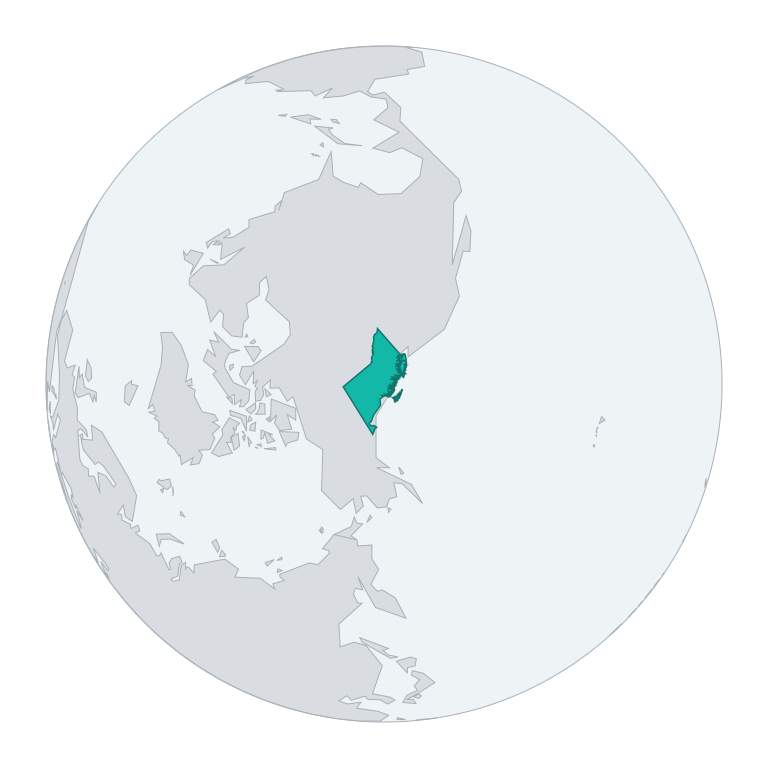 British Columbia on an orthographic globe, rotated 236°
{"feature_id": "CAN-633", "entity_name": "British Columbia", "entity_type": "Province", "adm_level": 1, "iso_a3": "CAN", "parent_name": "Canada", "parent_adm1": "", "projection": "orthographic", "projection_center": [-126.982, 54.153], "detail": "fine", "context": "on_globe", "style": "filled", "palette": "teal", "viewbox_px": 768, "rotation_deg": 236, "n_neighbors": 0, "source": "natural_earth", "source_scale": "10m", "svg_char_len": 16742}
<svg xmlns="http://www.w3.org/2000/svg" viewBox="0 0 768 768"><g transform="rotate(236 384 384)"><circle cx="384" cy="384" r="338" fill="#eef3f6" stroke="#a8b0b8"/><path d="M124.6,597.1L125.5,598.5L125.3,598.3L124.6,597.1ZM646.3,597.0L650.2,592.0L649.9,591.1L638.0,600.9L624.6,595.3L631.7,579.0L627.2,577.7L641.7,546.9L635.6,533.9L629.8,536.3L625.5,547.6L603.8,552.5L593.1,544.2L511.8,560.4L500.4,556.1L495.4,543.3L444.7,507.3L477.7,546.2L462.4,541.7L445.8,529.2L449.9,523.9L431.7,502.4L414.8,495.7L395.6,464.6L393.0,419.0L401.6,425.0L400.0,413.9L389.1,406.0L382.3,403.6L362.0,359.5L327.4,336.2L311.5,341.6L318.9,331.0L285.4,350.6L263.4,349.1L291.4,343.2L296.6,336.9L283.3,331.6L285.8,324.1L280.7,317.5L284.9,309.2L300.9,307.1L303.9,301.9L294.3,298.6L292.4,288.7L306.1,294.2L304.3,277.7L330.6,272.6L363.9,296.6L381.7,289.0L424.4,301.5L423.7,294.1L439.4,295.0L444.4,287.0L450.9,292.2L449.3,281.5L442.4,278.3L439.4,272.7L441.7,267.9L450.4,273.4L450.5,276.6L454.3,275.8L457.6,280.8L457.3,275.6L467.5,283.3L461.0,268.8L472.1,269.2L477.9,276.2L472.6,284.4L472.9,323.1L477.1,333.9L488.5,340.3L519.9,332.8L526.5,341.5L539.0,346.6L537.6,337.5L527.3,330.3L527.7,315.1L515.0,308.8L513.3,302.0L502.2,292.4L509.1,284.6L521.7,282.2L531.3,289.9L537.1,289.4L532.2,274.9L554.0,283.0L575.3,278.1L580.4,281.6L582.9,300.5L572.3,318.0L575.4,344.8L578.7,318.3L591.3,328.5L595.6,326.7L598.0,321.1L595.3,313.8L600.7,315.7L599.5,342.0L594.6,340.7L595.0,332.2L590.1,340.8L589.4,359.7L595.8,364.0L587.9,389.8L592.5,393.4L593.3,401.5L586.6,393.8L598.4,408.4L590.1,444.2L606.1,470.0L584.7,458.1L573.6,463.3L561.4,472.7L563.9,477.2L544.4,485.1L532.3,504.5L535.9,529.6L549.1,542.2L570.0,530.8L572.6,518.1L585.7,506.7L584.3,537.3L608.7,523.3L610.9,541.9L619.1,545.1L629.3,533.7L640.5,527.8L645.6,511.2L655.1,493.9L658.3,506.8L661.2,488.0L668.1,487.3L685.2,460.5L684.6,465.6L699.5,457.3L710.5,437.1L713.1,439.6L712.3,448.2L715.0,440.1L714.9,443.4L720.8,411.4L717.8,436.6L712.9,461.5L706.2,486.0L697.6,509.9L687.3,533.1L675.2,555.4L661.6,576.8L646.3,597.0ZM230.5,547.1L230.9,540.4L235.3,546.2L230.5,547.1ZM228.0,535.3L228.5,537.8L227.5,535.5L228.0,535.3ZM225.2,532.9L227.3,534.6L224.7,533.3L225.2,532.9ZM221.2,530.5L223.4,531.5L223.1,531.7L221.2,530.5ZM608.9,480.2L636.5,470.7L624.7,485.0L626.2,480.3L618.5,480.7L605.3,486.0L593.8,499.1L608.9,480.2ZM215.6,524.7L214.3,523.0L216.4,523.3L215.6,524.7ZM612.6,455.6L608.2,458.4L612.0,454.6L612.6,455.6ZM378.9,403.9L388.6,406.7L397.6,416.9L389.2,415.3L378.9,403.9ZM362.3,384.8L367.5,383.6L368.8,395.2L365.4,392.2L362.3,384.8ZM299.5,347.6L307.0,349.8L298.9,350.4L299.5,347.6ZM279.3,318.1L276.4,319.9L275.0,315.8L279.3,318.1ZM499.2,297.5L500.8,295.1L502.0,298.1L499.2,297.5ZM493.0,295.9L493.5,301.2L490.6,301.2L490.4,297.9L493.0,295.9ZM280.2,299.4L278.9,292.4L283.0,299.1L280.2,299.4ZM493.2,289.4L485.4,300.6L480.3,300.7L475.3,288.4L493.2,289.4ZM280.0,288.1L276.6,271.8L269.8,274.4L287.1,258.4L284.2,277.2L290.3,284.9L283.7,283.8L280.0,288.1ZM439.2,279.4L446.7,282.6L438.3,284.5L439.2,279.4ZM434.6,282.1L413.2,297.2L403.4,290.6L412.6,286.7L398.1,282.2L403.8,271.4L413.1,271.5L418.3,277.8L416.5,269.0L434.6,282.1ZM297.2,252.6L298.7,248.6L300.2,252.4L297.2,252.6ZM437.6,270.6L434.1,274.0L425.4,268.5L430.7,260.6L431.8,264.9L437.6,270.6ZM391.5,286.4L385.9,281.2L389.0,270.9L387.3,267.6L403.1,270.6L391.5,286.4ZM435.0,263.7L433.6,256.8L439.9,255.2L440.4,266.9L435.0,263.7ZM420.9,270.5L417.0,267.6L420.9,266.6L420.9,270.5ZM461.2,246.1L457.3,250.0L452.4,247.4L461.2,246.1ZM432.7,254.4L430.5,255.0L428.1,254.5L428.6,249.8L432.7,254.4ZM404.2,263.4L406.7,260.4L397.9,261.6L399.9,254.3L410.1,257.8L406.5,253.3L407.1,251.1L414.7,256.4L404.2,263.4ZM421.8,243.6L435.5,246.1L443.8,239.3L448.4,241.4L434.1,252.0L421.8,243.6ZM417.0,250.6L421.0,246.7L424.7,251.0L424.2,256.4L417.0,250.6ZM397.5,248.3L391.9,258.5L389.8,257.4L397.5,248.3ZM423.5,240.7L420.2,240.3L423.7,239.7L423.5,240.7ZM404.7,244.9L403.0,248.6L400.7,247.2L404.7,244.9ZM415.0,236.4L419.4,237.1L419.2,240.6L415.0,236.4ZM409.7,239.5L407.0,236.9L416.5,241.5L409.3,241.4L409.7,239.5ZM402.8,243.0L400.9,243.4L403.9,241.7L402.8,243.0ZM413.1,222.7L425.2,227.7L424.7,235.4L413.1,229.5L413.1,222.7ZM692.2,245.5L692.3,245.9L684.2,229.9L678.6,223.3L618.9,153.7L610.8,142.2L568.9,106.0L564.5,102.2L574.4,106.6L550.0,89.7L570.3,102.1L589.8,115.9L608.1,131.1L625.4,147.5L641.5,165.1L656.3,183.8L669.7,203.5L681.7,224.1L692.2,245.5ZM541.7,85.2L532.2,80.4L523.0,76.0L541.7,85.2ZM469.1,57.0L462.6,55.6L500.2,67.3L501.8,69.5L467.8,59.7L434.3,51.8L433.8,52.5L450.9,58.4L439.1,58.2L456.4,61.0L452.5,58.6L463.2,60.6L467.4,63.0L463.1,62.6L472.0,66.0L490.5,67.8L488.5,65.6L514.5,75.8L513.6,73.4L522.1,76.7L526.8,82.0L523.1,81.8L535.2,95.6L541.4,96.5L530.4,83.9L535.7,87.3L544.0,89.6L541.8,90.6L552.2,105.1L572.9,120.0L606.5,140.3L617.0,151.6L622.5,162.1L602.9,156.2L581.6,131.8L574.4,130.4L572.4,138.5L566.1,130.7L562.6,131.3L554.0,123.2L535.5,116.4L525.8,109.5L512.6,111.7L505.7,108.7L515.5,108.1L517.1,104.4L492.1,89.9L485.5,88.6L478.9,91.4L472.9,87.5L469.7,92.1L452.4,87.5L470.8,97.4L463.6,102.0L449.9,102.3L450.9,105.9L473.1,105.5L479.0,103.9L478.8,99.5L497.8,98.0L507.7,102.0L500.3,111.2L513.5,118.4L502.1,123.2L448.9,119.8L429.8,116.5L410.8,98.5L418.7,95.4L429.5,100.1L425.1,90.3L422.8,93.7L417.7,90.7L409.6,95.2L405.6,93.4L404.5,101.1L398.8,99.4L399.5,94.5L382.5,100.6L368.9,99.5L367.0,101.9L368.7,104.7L350.3,101.9L349.7,103.8L355.5,105.4L358.0,110.3L355.3,118.3L349.1,116.9L349.2,113.8L340.1,105.7L341.5,98.3L338.6,98.6L336.0,104.7L347.1,114.5L347.2,119.8L340.7,115.5L343.1,117.4L341.2,119.6L333.5,120.7L340.1,125.7L327.8,154.2L311.7,159.8L307.3,152.3L292.1,172.8L275.1,178.8L280.5,180.0L276.9,191.6L282.1,189.8L284.5,191.3L277.5,221.8L271.1,228.3L274.2,244.1L276.9,245.0L281.9,240.9L287.1,258.4L269.8,274.4L264.4,271.6L257.3,284.0L246.0,276.2L233.3,275.9L225.1,261.0L215.8,262.7L214.1,267.5L200.2,273.8L177.5,271.2L203.5,252.0L239.0,254.6L225.2,251.3L230.6,246.0L227.0,241.2L217.0,239.8L214.5,243.4L210.2,212.3L190.7,200.7L186.6,214.8L177.2,222.8L151.4,225.1L133.6,201.2L120.9,214.1L115.6,216.3L116.7,207.9L124.4,204.2L131.6,194.2L135.8,193.8L140.1,180.0L146.3,178.9L146.6,169.3L139.1,174.9L133.0,186.9L130.6,179.9L115.8,196.1L106.7,202.6L106.7,192.2L117.9,175.8L117.6,176.1L133.4,157.3L150.5,139.7L168.9,123.4L188.4,108.5L208.9,95.0L230.3,83.0L252.6,72.7L275.5,64.0L299.0,56.9L323.0,51.6L347.3,48.1L371.8,46.3L396.3,46.3L420.8,48.1L445.1,51.6L469.1,57.0ZM644.6,174.8L647.5,177.0L644.6,174.8ZM401.8,46.7L379.8,46.2L384.5,47.4L376.3,47.5L380.9,48.1L384.9,47.5L395.3,50.0L383.9,50.6L383.9,52.3L391.3,52.6L410.5,51.2L395.8,47.3L403.1,47.1L401.8,46.7ZM685.6,459.5L688.0,458.7L685.6,463.2L685.6,459.5ZM625.0,492.6L629.9,488.3L633.1,488.0L629.8,492.3L625.0,492.6ZM661.2,451.5L665.8,446.7L661.8,454.1L661.2,451.5ZM640.4,468.7L657.5,455.8L649.7,471.7L638.6,479.9L645.1,470.8L640.4,468.7ZM614.4,466.5L617.9,464.7L618.2,468.3L614.4,466.5ZM615.4,452.9L614.4,454.3L611.8,453.5L615.4,452.9ZM591.4,326.9L591.6,324.9L595.0,320.4L595.3,324.9L591.4,326.9ZM598.3,288.2L606.9,292.2L601.0,292.1L603.1,298.7L593.4,307.3L582.5,283.9L589.1,292.7L598.3,288.2ZM577.4,313.0L584.8,309.7L577.1,314.3L577.4,313.0ZM552.3,144.7L551.4,140.2L557.8,141.2L570.1,151.6L561.0,150.1L552.3,144.7ZM548.7,133.8L538.0,140.9L529.9,135.3L536.2,137.2L531.9,132.7L541.0,134.6L543.7,122.9L549.5,123.1L569.2,141.1L559.6,134.9L561.0,139.4L548.7,133.8ZM524.9,174.5L520.1,179.0L508.7,160.8L514.5,158.8L527.2,168.5L527.8,176.7L524.9,174.5ZM485.8,266.3L484.7,270.2L482.3,268.5L481.3,263.8L485.8,266.3ZM459.8,248.1L488.0,247.7L488.2,252.0L504.5,247.3L511.3,257.1L500.6,259.7L518.0,264.1L511.0,270.4L522.8,272.2L498.1,277.0L492.5,283.3L496.1,272.4L490.0,263.1L485.7,261.0L469.2,260.0L454.2,269.6L445.7,262.5L443.7,254.9L446.0,251.5L450.8,257.1L450.5,248.5L459.2,254.1L459.8,248.1ZM425.1,178.1L429.7,184.6L430.5,171.0L439.2,175.4L438.7,173.6L446.9,174.0L456.2,171.6L459.4,174.8L461.6,172.5L467.1,173.0L471.2,171.1L478.4,176.2L484.0,174.4L484.3,177.9L492.0,173.4L489.5,179.1L496.4,180.7L495.1,174.4L524.2,209.6L538.3,221.0L551.4,227.7L545.4,237.2L529.2,237.5L509.3,232.6L496.6,220.7L496.2,227.5L489.9,224.0L492.9,220.1L484.7,224.0L480.3,220.1L462.6,217.6L453.4,226.4L446.7,226.0L448.1,220.6L440.4,224.0L438.5,213.7L433.7,213.3L427.0,203.0L432.6,193.4L426.7,193.7L421.4,186.3L425.1,178.1ZM411.6,219.6L416.3,206.4L423.3,202.5L432.0,222.1L436.7,223.9L442.5,236.9L432.1,242.4L431.4,238.1L428.3,235.3L432.8,234.7L426.9,233.1L425.7,227.2L420.8,224.5L423.7,220.9L411.6,219.6ZM556.5,97.8L552.5,95.1L545.6,90.8L550.7,92.5L556.5,97.8ZM564.0,107.7L560.0,104.9L563.8,104.6L567.9,107.8L564.0,107.7ZM554.5,104.0L559.5,104.8L559.2,106.3L554.5,104.0ZM511.4,106.1L506.7,103.8L507.5,102.8L511.6,103.0L511.4,106.1ZM429.2,140.7L430.7,144.5L428.5,145.0L425.1,153.1L418.3,150.8L417.8,145.0L429.2,140.7ZM470.8,57.5L479.3,59.8L482.0,60.7L478.5,59.7L470.8,57.5ZM518.4,74.6L509.0,70.3L519.9,75.1L518.4,74.6ZM421.3,139.5L420.7,143.1L417.7,139.8L421.3,139.5ZM413.2,149.6L409.2,146.4L417.1,151.5L413.2,149.6ZM99.8,208.6L94.8,213.4L94.0,213.7L98.7,207.2L99.8,208.6ZM363.0,128.9L375.3,119.7L379.7,112.5L375.2,107.0L386.8,111.2L380.0,122.3L363.0,128.9ZM332.8,151.0L336.8,156.3L331.6,157.2L330.0,156.1L332.8,151.0ZM337.6,152.0L349.0,152.8L349.0,157.9L340.0,156.2L337.6,152.0ZM385.4,144.5L389.5,141.8L391.9,144.4L385.4,144.5ZM118.7,591.8L122.7,596.9L119.0,592.6L118.7,591.8ZM125.3,598.3L120.7,593.4L124.6,597.1L125.3,598.3ZM87.6,546.2L89.9,550.4L89.3,549.4L87.6,546.2ZM86.2,543.8L85.9,543.0L87.5,546.0L86.2,543.8ZM69.6,507.3L70.0,508.1L70.9,510.4L69.6,507.3ZM67.1,500.6L64.8,494.4L64.5,493.4L67.1,500.6ZM66.1,497.3L65.2,494.4L68.2,503.3L66.1,497.3ZM60.8,481.1L64.3,492.1L60.6,480.7L60.8,481.1ZM59.6,477.4L57.7,470.7L57.6,470.4L59.6,477.4ZM54.2,456.1L56.9,467.8L56.9,468.0L55.8,463.8L54.2,456.1ZM49.8,433.9L50.7,438.9L51.5,443.1L50.9,441.0L49.8,433.9ZM49.5,429.9L51.0,439.0L52.4,447.5L52.2,446.9L49.5,429.9ZM69.8,259.5L69.9,259.4L69.7,259.9L69.8,259.5ZM82.7,231.1L87.5,222.6L84.3,229.1L80.5,235.4L77.8,241.1L82.7,231.1ZM104.0,237.0L108.4,233.4L107.3,239.9L104.6,240.5L104.0,237.0ZM108.0,259.3L108.5,240.5L109.6,226.3L106.3,232.0L101.1,231.9L109.5,221.5L113.2,229.0L111.2,240.5L116.8,240.2L119.0,248.1L127.7,243.9L130.5,247.3L122.1,254.8L108.0,259.3ZM131.5,241.7L147.4,239.2L142.7,253.4L138.2,257.2L132.9,252.2L135.6,244.9L131.5,241.7ZM149.9,242.9L152.7,236.1L182.1,221.5L187.1,222.1L162.3,239.8L163.7,234.4L157.3,235.8L149.9,242.9ZM295.1,248.6L298.4,248.6L295.4,251.2L295.1,248.6ZM287.4,190.1L290.1,192.6L286.4,195.3L287.4,190.1ZM295.4,201.4L297.7,196.5L297.8,202.2L295.4,201.4ZM302.3,185.6L299.8,194.8L298.5,185.3L302.3,185.6Z" fill="#d9dde1" stroke="#a8b0b8" stroke-width="1"/><path d="M433.6,409.6L399.0,414.0L398.4,412.4L399.5,412.3L399.8,411.3L398.3,412.0L398.5,409.8L397.3,411.1L397.2,411.7L395.2,410.4L395.6,409.7L396.3,411.1L397.1,409.9L395.6,409.6L396.2,407.6L395.9,407.3L395.3,406.9L396.0,407.6L395.6,409.2L394.3,409.8L392.2,408.0L392.7,408.4L393.0,406.9L392.5,406.4L393.7,405.7L393.8,405.3L391.2,406.5L391.9,404.9L392.1,402.9L390.8,405.9L390.1,405.2L389.3,405.7L389.7,404.2L388.9,405.8L388.5,405.3L387.7,405.7L386.6,405.4L389.1,404.0L389.5,402.9L389.0,401.9L389.0,403.8L388.0,404.4L386.9,404.5L387.5,403.8L387.0,403.3L385.6,403.5L387.0,402.9L385.7,402.1L385.1,403.3L383.3,402.9L383.9,403.6L382.3,402.9L381.0,401.2L383.1,400.9L383.4,400.7L383.5,400.2L381.1,400.4L381.9,399.8L382.2,398.9L385.1,398.8L385.4,398.4L382.4,398.6L382.7,397.5L381.6,398.5L382.2,398.7L381.3,399.9L380.7,397.5L383.4,394.8L385.1,396.8L384.2,394.9L384.9,394.5L383.3,394.4L384.2,392.4L383.7,391.5L384.0,392.5L381.7,394.9L380.8,395.4L380.7,393.6L380.3,394.6L380.8,393.2L379.3,395.0L378.9,394.9L379.5,393.9L379.9,391.5L380.3,391.3L378.8,391.8L378.7,389.9L377.4,389.1L377.0,387.4L378.7,388.7L380.0,388.1L380.9,389.4L380.0,387.9L377.6,387.1L377.8,386.0L378.8,385.8L378.1,385.4L378.4,384.7L377.2,386.1L377.3,385.7L377.0,385.4L377.1,386.1L376.1,386.9L375.9,388.4L373.2,385.0L373.4,383.8L374.5,385.0L373.8,383.6L374.8,383.7L375.4,383.4L374.2,383.3L373.2,383.7L372.8,382.2L372.0,382.4L372.2,380.9L373.4,382.7L373.8,382.8L373.7,381.6L372.4,380.7L372.9,380.5L373.7,381.0L374.1,381.0L373.2,379.7L375.0,378.9L373.8,378.7L375.7,376.1L374.9,376.3L374.5,375.2L374.6,376.7L373.4,378.7L374.0,377.1L373.8,372.4L368.3,369.1L364.2,358.1L360.0,352.4L360.1,350.8L358.9,349.3L356.2,350.1L355.2,352.5L352.2,353.7L352.1,351.6L348.6,346.5L404.5,348.6L408.2,384.7L409.3,385.8L408.8,386.5L412.6,388.1L415.4,392.6L416.2,391.8L417.1,392.2L417.2,393.3L418.8,393.2L420.5,395.7L421.4,395.1L425.9,400.1L428.6,401.4L430.3,404.0L430.4,406.9L433.6,409.6ZM398.3,416.9L397.0,418.1L391.3,415.8L391.0,415.4L392.3,414.1L392.5,413.3L392.4,412.8L392.0,414.2L389.3,414.5L388.3,413.8L389.3,413.1L388.8,413.4L388.6,412.1L387.7,412.7L388.0,412.4L388.1,411.7L385.6,411.9L385.7,410.8L387.3,410.3L385.6,410.2L385.3,409.1L384.5,408.6L383.4,409.3L383.6,407.6L380.5,407.8L381.1,407.0L380.5,405.7L382.3,406.2L381.8,405.4L382.4,404.9L380.0,405.8L378.6,403.9L380.6,403.3L384.4,405.4L389.7,406.4L390.8,408.8L392.0,410.0L391.7,410.3L392.4,411.4L395.7,412.8L397.5,416.7L397.9,415.8L398.3,416.9ZM364.3,388.8L363.9,387.8L364.9,388.1L363.0,386.6L363.0,383.0L364.7,383.4L364.3,384.5L366.1,384.2L365.7,385.5L364.2,385.9L365.3,386.1L364.8,386.6L365.9,386.0L366.3,384.9L366.0,384.0L367.9,383.4L366.5,388.5L364.3,388.8ZM369.1,395.2L368.5,395.4L365.0,390.4L365.8,390.1L364.3,389.2L367.0,388.7L367.7,390.0L366.2,389.8L367.6,390.7L366.5,390.5L366.2,390.9L367.3,391.4L366.7,391.9L368.1,394.1L368.7,393.6L368.2,394.2L369.1,395.2ZM377.5,392.5L376.4,391.6L376.8,391.5L376.6,391.3L377.4,390.5L377.3,390.3L376.2,391.0L376.6,388.9L378.5,390.6L378.2,393.0L377.6,393.1L378.1,391.2L378.0,390.9L377.5,392.5ZM372.6,385.3L374.1,386.3L375.7,389.1L374.8,389.3L372.6,385.3ZM374.3,389.2L373.5,389.6L371.7,386.8L373.5,387.9L374.3,389.2ZM381.2,395.2L383.1,394.8L380.7,396.9L381.2,395.2ZM384.8,409.2L385.2,410.9L384.0,409.6L384.8,409.2ZM372.0,384.7L371.2,384.8L371.0,385.4L371.2,384.6L372.1,384.0L372.7,384.9L371.8,385.5L372.0,384.7ZM380.2,398.0L379.7,396.5L380.5,396.4L380.2,398.0ZM376.4,392.2L376.8,393.9L375.8,391.7L376.4,392.2ZM380.2,398.3L380.1,399.8L379.7,398.9L380.2,398.3ZM379.2,392.6L378.7,394.4L379.0,391.9L379.2,392.6ZM376.3,388.4L376.4,387.0L377.6,386.5L377.3,387.3L377.0,387.3L376.6,387.7L376.3,388.4ZM385.4,404.5L386.6,403.6L387.0,404.0L386.6,404.6L385.4,404.5ZM392.8,409.8L394.0,410.0L394.9,411.2L393.7,410.6L392.8,409.8ZM372.3,386.8L372.6,385.8L373.1,387.2L372.3,386.8ZM378.3,393.0L378.6,394.1L377.8,393.6L377.4,393.5L378.3,393.0ZM376.4,390.1L375.9,388.7L376.2,388.8L376.4,390.1ZM390.7,406.5L390.4,405.8L391.3,407.2L391.0,407.6L391.0,407.0L390.7,406.5ZM372.8,379.7L372.2,379.7L373.2,378.7L372.8,379.7ZM376.9,387.5L377.1,388.8L376.4,388.5L376.9,387.5ZM390.8,408.1L390.3,407.6L390.2,406.8L390.8,407.1L390.8,408.1ZM370.5,380.9L371.0,381.3L370.3,381.8L370.5,380.9ZM377.6,394.0L378.1,394.7L377.9,395.0L377.6,394.0ZM379.5,395.4L379.1,396.2L378.4,395.7L378.7,395.2L379.5,395.4ZM375.2,389.5L375.4,390.7L374.9,389.7L375.2,389.5ZM398.0,415.3L397.4,415.6L397.1,414.3L397.5,414.9L398.0,415.3ZM367.2,391.9L367.3,391.9L367.3,392.0L368.0,392.4L367.5,392.6L367.2,391.9ZM380.1,395.6L380.4,394.9L380.7,395.5L380.1,395.6ZM387.3,412.0L386.9,412.7L386.9,412.1L387.3,412.0ZM392.1,407.7L391.8,406.6L392.4,407.4L392.1,407.7ZM379.7,396.2L379.3,395.9L379.8,395.5L379.7,396.2ZM369.0,395.6L369.2,395.9L369.3,396.6L369.0,395.6ZM391.5,408.3L391.5,407.0L391.9,407.9L391.5,408.3ZM386.3,405.0L386.8,405.1L385.3,405.3L386.3,405.0ZM379.4,393.1L379.2,392.1L379.8,391.8L379.4,393.1ZM380.0,395.8L380.5,396.2L379.9,395.8L380.0,395.8ZM385.6,403.7L384.3,403.6L385.3,403.5L385.6,403.7ZM389.6,405.9L390.0,406.2L389.4,406.2L389.6,406.1L389.6,405.9ZM392.5,406.6L392.8,407.0L392.5,406.6ZM372.2,380.4L372.1,379.8L372.3,380.1L372.2,380.4ZM397.9,414.7L396.7,413.4L398.2,414.7L397.9,414.7ZM378.5,392.8L378.5,392.1L378.6,391.5L378.5,392.8ZM389.4,405.8L389.1,406.2L388.5,406.1L389.4,405.8ZM388.1,413.3L388.6,413.0L388.6,413.5L388.1,413.3ZM383.5,404.5L384.6,404.8L383.4,404.7L383.5,404.5ZM388.4,405.6L388.4,406.0L387.8,405.9L388.4,405.6ZM395.1,409.8L394.6,410.0L395.3,409.5L395.1,409.8ZM397.9,411.4L397.6,410.9L398.0,411.1L397.9,411.4ZM371.0,383.3L371.2,383.9L370.8,383.5L371.0,383.3ZM394.1,411.1L394.8,411.5L394.0,411.2L394.1,411.1ZM380.8,403.3L381.4,403.2L381.5,403.5L380.8,403.3ZM372.0,386.0L371.5,385.5L372.0,385.9L372.0,386.0ZM372.6,380.3L372.9,380.3L372.4,380.5L372.6,380.3ZM374.4,389.8L374.8,390.2L374.2,389.8L374.4,389.8ZM370.7,382.0L371.0,381.6L371.1,382.1L370.7,382.0ZM396.1,412.9L396.4,413.3L396.0,413.0L396.1,412.9ZM385.9,404.8L386.3,404.8L385.6,404.9L385.9,404.8ZM392.2,410.7L392.8,411.4L392.3,411.1L392.2,410.7ZM397.9,411.5L397.8,412.0L397.6,412.0L397.9,411.5Z" fill="#14b8a6" stroke="#0f766e" stroke-width="1.5"/></g></svg>